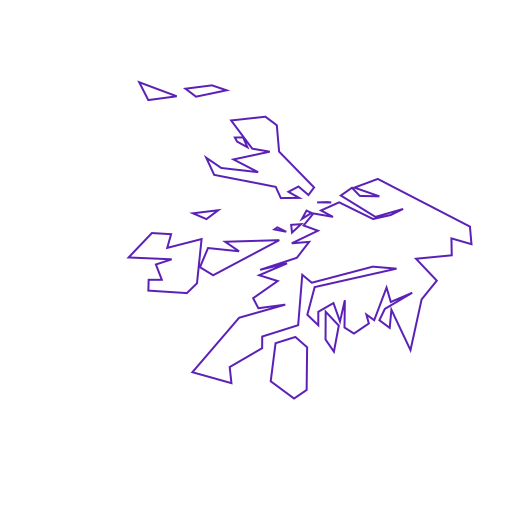 outline of Argyll and Bute, rotated 28°
{"feature_id": "GBR-2746", "entity_name": "Argyll and Bute", "entity_type": "Unitary District", "adm_level": 1, "iso_a3": "GBR", "parent_name": "United Kingdom", "parent_adm1": "", "projection": "robinson", "projection_center": [-5.597, 55.994], "detail": "medium", "context": "isolated", "style": "outline", "palette": "violet", "viewbox_px": 512, "rotation_deg": 28, "n_neighbors": 0, "source": "natural_earth", "source_scale": "10m", "svg_char_len": 1975}
<svg xmlns="http://www.w3.org/2000/svg" viewBox="0 0 512 512"><g transform="rotate(28 256 256)"><path d="M436.6,266.6L400.8,239.9L407.8,256.7L395.1,254.8L394.6,242.2L411.2,215.1L396.6,233.3L386.1,222.6L390.5,257.2L381.0,255.9L387.3,262.6L378.9,278.5L367.7,277.6L355.2,253.3L360.9,274.4L346.5,261.2L337.2,276.0L343.5,287.9L328.9,283.8L322.4,255.9L386.0,201.2L364.1,210.6L317.8,253.4L305.7,250.9L325.7,297.3L299.3,324.2L304.7,334.5L284.9,366.4L294.0,379.8L254.4,388.5L270.1,318.4L304.7,285.2L282.6,301.0L273.3,294.6L286.9,267.9L267.8,271.5L286.9,247.9L266.1,266.3L292.9,238.4L296.3,218.6L281.6,228.0L298.8,204.6L283.7,206.7L286.7,191.5L305.6,185.3L292.0,185.3L304.2,169.6L342.0,168.4L355.7,156.6L363.8,145.4L343.1,165.4L302.5,162.8L308.7,150.7L319.5,154.2L336.9,145.4L310.8,149.4L327.3,130.8L431.1,129.6L440.7,144.4L420.3,148.7L428.5,163.5L398.6,183.3L427.2,192.9L422.6,216.6L436.6,266.6ZM275.1,168.2L273.7,177.5L260.9,174.7L254.5,184.1L266.9,184.4L250.7,193.2L241.0,185.7L181.0,204.0L165.9,192.6L184.0,194.6L218.5,181.0L190.8,181.3L219.2,157.4L202.3,163.0L170.4,148.0L198.9,128.6L213.0,130.8L227.4,153.0L275.1,168.2ZM216.7,307.8L212.4,321.2L177.2,337.1L172.4,327.4L184.0,321.2L171.6,310.5L183.1,298.5L144.2,317.1L153.3,284.6L170.8,276.6L173.8,290.5L200.0,266.6L216.7,307.8ZM363.6,350.5L356.5,364.0L327.8,359.7L314.2,323.8L328.8,309.0L344.0,312.6L363.6,350.5ZM222.1,257.9L269.1,231.1L227.2,293.1L211.8,292.2L209.9,271.5L238.8,259.8L222.1,257.9ZM369.7,303.9L356.6,297.1L343.7,272.5L361.8,278.6L369.7,303.9ZM71.3,157.4L111.0,152.2L87.7,168.9L71.3,157.4ZM152.2,123.5L128.2,143.5L115.2,141.4L137.0,126.0L152.2,123.5ZM180.3,247.9L201.2,233.3L194.9,246.7L180.3,247.9ZM197.4,164.0L185.6,163.9L181.7,161.3L189.0,157.4L197.4,164.0ZM272.4,212.0L280.9,206.7L276.8,218.4L272.4,212.0ZM279.2,201.6L279.3,192.2L284.8,191.9L279.2,201.6ZM261.4,220.7L271.3,220.4L259.8,223.9L261.4,220.7ZM284.8,180.0L293.7,174.9L297.3,173.4L284.8,180.0Z" fill="none" stroke="#5b21b6" stroke-width="2"/></g></svg>